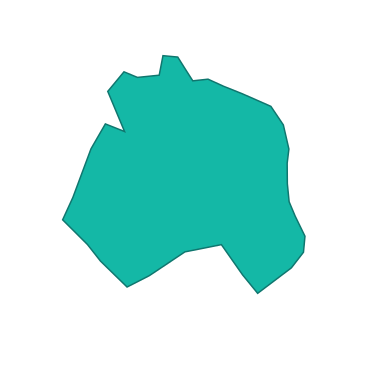 Mammari, Cyprus, rotated 214°
{"feature_id": "46923920B76597739182266", "entity_name": "Mammari", "entity_type": "district", "adm_level": 2, "iso_a3": "CYP", "parent_name": "Cyprus", "parent_adm1": "", "projection": "equal_earth", "projection_center": [33.204, 35.187], "detail": "fine", "context": "isolated", "style": "filled", "palette": "teal", "viewbox_px": 384, "rotation_deg": 214, "n_neighbors": 0, "source": "geoboundaries", "source_scale": "gbopen_adm2", "svg_char_len": 580}
<svg xmlns="http://www.w3.org/2000/svg" viewBox="0 0 384 384"><g transform="rotate(214 192 192)"><path d="M80.9,144.7L67.2,184.7L65.9,204.4L73.6,218.5L93.0,229.7L106.0,238.2L117.6,252.2L129.2,269.1L135.7,281.8L153.8,298.7L174.5,307.1L205.6,301.5L225.0,297.3L241.8,294.5L253.5,284.6L266.4,290.2L279.3,295.9L292.3,288.8L284.5,270.5L301.3,256.5L315.6,253.6L318.1,228.3L281.7,204.4L301.9,200.0L299.9,171.4L287.7,120.8L283.7,96.6L249.3,90.0L229.1,83.5L192.7,76.9L180.6,98.8L164.4,138.4L138.2,164.8L103.8,151.6L80.9,144.7Z" fill="#14b8a6" stroke="#0f766e" stroke-width="1.5"/></g></svg>